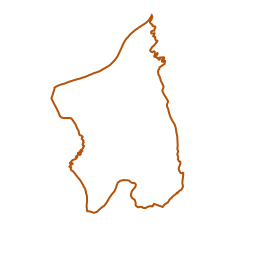 outline of Songkhone, Savannakhét, Laos, rotated 240°
{"feature_id": "54806243B4433821192490", "entity_name": "Songkhone", "entity_type": "district", "adm_level": 2, "iso_a3": "LAO", "parent_name": "Laos", "parent_adm1": "Savannakhét", "projection": "equal_earth", "projection_center": [105.362, 16.147], "detail": "fine", "context": "isolated", "style": "outline", "palette": "amber", "viewbox_px": 256, "rotation_deg": 240, "n_neighbors": 0, "source": "geoboundaries", "source_scale": "gbopen_adm2", "svg_char_len": 5706}
<svg xmlns="http://www.w3.org/2000/svg" viewBox="0 0 256 256"><g transform="rotate(240 128 128)"><path d="M76.3,51.1L75.1,52.9L72.0,55.8L71.5,56.2L70.9,59.2L71.8,62.8L72.3,65.3L72.6,68.6L74.6,73.2L76.8,76.8L78.9,81.4L79.9,84.6L82.0,87.4L84.1,89.7L85.7,91.7L86.1,94.7L85.4,97.5L83.8,100.2L82.0,102.6L80.3,103.1L79.1,103.7L78.1,104.5L77.5,105.8L76.1,106.5L75.3,106.5L74.3,106.0L73.1,104.5L71.6,100.2L71.0,99.4L68.7,97.0L68.1,96.7L67.1,96.7L66.5,96.5L65.9,96.6L65.1,96.5L62.9,97.8L62.1,97.8L60.8,97.6L58.9,97.1L58.2,96.4L57.1,95.9L55.8,96.3L55.2,96.8L54.9,96.8L54.6,96.8L54.3,97.1L54.0,98.0L53.9,98.8L52.3,100.9L51.7,100.9L50.9,101.6L49.9,103.1L50.0,105.4L49.7,106.2L49.1,108.7L48.5,109.0L48.4,109.5L47.9,109.8L47.9,110.3L48.4,110.9L48.5,111.5L48.9,111.8L49.3,112.5L48.5,113.3L42.3,118.5L42.6,119.2L43.5,121.3L43.6,122.5L43.6,125.0L43.8,125.8L45.1,127.9L45.5,129.0L45.6,130.3L45.9,131.4L46.1,131.6L46.6,133.6L46.8,136.1L47.1,137.2L47.5,138.0L47.5,138.3L46.9,138.5L47.0,138.9L47.9,140.9L47.8,142.1L47.9,143.3L48.4,144.4L49.7,146.2L50.5,146.7L52.4,147.2L53.3,147.6L55.7,149.3L59.2,152.0L61.3,153.3L61.6,153.3L61.9,153.0L61.8,152.4L61.9,152.0L62.4,151.5L63.0,151.1L63.5,151.0L64.2,151.2L65.2,151.0L67.1,151.3L67.9,151.9L71.5,156.0L72.3,156.3L72.8,156.4L73.3,155.7L73.8,155.5L76.0,155.6L76.8,156.2L77.4,156.9L78.1,157.2L80.5,157.4L82.0,159.0L82.8,159.8L83.4,160.1L83.8,160.0L85.3,160.3L88.3,162.5L96.2,166.5L98.2,167.1L104.6,169.5L107.4,170.1L109.5,170.2L111.5,170.0L116.4,170.2L122.3,171.6L124.4,172.3L127.0,172.6L128.7,173.4L130.1,175.0L130.7,175.8L131.4,176.1L136.1,176.1L138.7,175.9L141.5,176.1L142.5,176.3L143.4,176.6L144.1,177.4L144.7,178.3L146.2,179.6L149.2,179.9L152.2,180.0L156.2,181.0L159.2,181.2L160.1,181.4L162.2,182.4L163.2,183.6L163.3,184.4L164.1,185.1L164.7,185.5L164.9,188.2L165.1,189.6L165.2,191.0L165.1,191.6L165.8,192.2L166.4,192.3L166.6,192.6L166.9,193.3L167.0,193.4L167.3,193.5L167.6,193.6L167.8,193.4L168.0,192.7L168.1,191.0L168.4,190.7L168.8,190.7L169.1,190.8L169.3,190.9L170.1,191.7L170.1,192.2L169.9,193.3L169.9,193.7L169.9,193.9L170.1,194.1L170.5,194.3L171.3,194.4L171.6,194.1L171.8,193.7L172.4,191.7L172.5,191.5L172.9,191.3L173.1,191.1L173.0,190.9L172.1,190.3L171.7,189.8L171.6,189.6L171.6,189.3L171.7,189.0L171.8,188.8L172.5,188.7L173.6,189.0L174.0,188.9L174.4,188.4L174.5,188.0L174.6,187.9L175.3,187.8L175.8,187.3L176.3,186.7L176.8,186.5L177.0,186.5L177.4,186.8L177.6,187.1L177.6,187.5L176.6,188.6L176.6,189.0L176.8,189.6L177.3,190.5L177.8,191.0L178.1,191.0L178.2,190.9L178.0,189.8L178.0,189.3L178.2,188.8L178.5,188.5L179.0,188.4L180.4,189.1L180.9,189.2L181.2,189.1L181.6,188.2L181.5,187.1L181.7,186.7L182.5,186.2L183.9,185.8L184.1,185.9L184.3,186.1L185.0,187.6L185.9,189.0L186.2,190.3L186.4,191.7L186.5,192.1L187.4,194.4L187.7,194.8L187.8,195.6L188.1,195.9L188.4,196.6L188.6,197.0L188.9,197.1L189.0,197.0L189.8,196.0L190.2,195.9L191.1,196.1L191.8,196.2L192.4,196.5L192.7,196.9L193.1,197.0L193.7,196.7L194.4,195.9L194.9,195.7L195.1,195.9L195.3,196.6L195.6,197.1L196.4,198.1L196.7,198.3L196.9,198.3L197.1,197.8L197.4,196.9L197.8,196.0L198.3,195.6L198.7,195.6L199.7,196.0L199.9,196.3L199.9,196.5L199.9,197.3L199.8,198.3L199.5,199.0L199.1,199.5L200.0,200.2L200.6,200.7L201.6,202.1L202.1,202.2L202.6,202.1L202.7,201.9L203.4,200.7L203.9,200.4L204.6,200.3L205.1,200.8L206.9,200.0L207.6,199.9L208.4,199.8L208.9,200.0L209.3,200.3L209.5,200.8L210.1,202.5L210.5,203.0L211.2,203.5L211.8,204.4L212.5,204.8L213.7,204.9L211.0,200.4L210.0,195.5L209.6,187.9L209.2,183.1L208.1,177.1L207.5,175.3L206.9,174.0L206.0,170.9L205.4,169.6L204.0,167.2L202.5,164.9L201.7,163.9L199.4,160.7L195.0,154.3L193.7,151.3L192.6,147.9L191.5,143.8L191.4,142.2L191.4,137.1L191.4,135.2L191.3,132.6L191.5,130.9L192.0,128.0L192.5,126.3L192.7,124.4L192.9,123.0L193.7,116.4L194.3,114.0L194.8,111.1L195.2,109.9L196.0,106.9L197.2,101.5L197.6,99.7L198.0,96.4L198.3,94.9L199.0,92.2L199.5,89.6L199.7,88.2L199.8,85.5L199.7,84.6L199.0,84.2L198.4,83.6L195.4,80.4L193.0,77.6L191.9,76.5L191.4,76.4L190.5,76.4L186.0,76.1L179.8,75.9L174.8,75.4L172.6,75.0L171.0,75.3L169.8,76.0L168.4,78.0L166.2,81.9L164.6,83.8L157.8,84.4L151.8,83.7L150.7,83.8L149.4,83.6L148.2,82.9L147.5,82.9L147.1,82.7L146.1,82.6L145.7,82.8L145.1,83.6L143.6,84.3L142.9,84.3L142.5,83.1L142.1,82.7L141.7,82.5L141.2,82.7L140.6,82.9L140.2,82.9L139.8,82.7L139.4,83.0L139.2,82.8L139.2,82.5L139.0,82.4L138.3,82.5L137.8,82.5L137.7,82.2L137.6,81.8L137.4,81.5L137.0,81.1L136.8,80.8L136.6,80.9L136.3,80.7L136.0,80.4L135.6,80.3L135.4,80.6L134.8,80.7L134.4,80.9L134.2,80.7L134.0,80.1L133.5,79.6L133.3,79.0L132.9,78.6L132.8,78.1L132.2,77.2L132.1,76.5L132.4,76.1L132.0,75.9L131.8,76.0L131.7,75.6L131.4,75.4L131.3,75.5L131.2,75.8L131.0,76.0L130.8,75.9L130.7,76.1L130.6,75.8L130.9,75.4L130.5,75.5L130.4,75.2L130.7,74.8L131.0,74.6L131.4,72.7L131.5,72.4L131.4,72.2L130.8,71.9L130.3,71.9L130.0,72.3L129.7,73.5L129.5,74.0L129.3,74.1L129.2,74.1L129.1,73.9L128.9,73.8L128.7,73.2L128.7,72.9L128.8,72.7L129.4,72.4L129.6,72.1L129.8,71.2L129.3,68.9L129.2,68.8L129.0,69.3L128.8,69.4L128.9,69.7L128.9,69.9L128.4,69.8L128.3,69.7L128.4,69.4L128.3,68.6L128.1,68.7L128.0,68.4L127.6,68.3L127.3,67.9L127.3,67.7L127.5,66.9L127.5,66.2L127.7,65.3L127.8,63.6L127.7,62.9L127.0,61.4L127.0,60.6L126.4,60.0L126.2,60.0L125.8,60.4L125.8,61.5L125.7,61.9L125.3,62.2L124.7,62.1L124.6,61.8L124.6,61.4L124.7,60.5L124.7,60.2L124.3,59.6L124.1,59.1L124.0,58.2L123.9,58.0L123.8,57.9L123.6,58.0L122.8,58.9L122.6,59.1L122.1,59.0L121.7,58.4L121.3,58.0L121.0,57.9L120.1,57.7L118.1,58.7L114.1,59.5L113.6,59.3L106.8,60.5L101.0,60.6L100.1,60.5L99.5,60.3L98.2,60.5L96.5,60.4L93.4,59.5L92.4,59.0L91.2,58.9L89.9,58.5L85.8,56.4L84.4,55.5L83.3,54.6L81.1,53.1L77.7,51.6L76.3,51.1Z" fill="none" stroke="#b45309" stroke-width="2"/></g></svg>